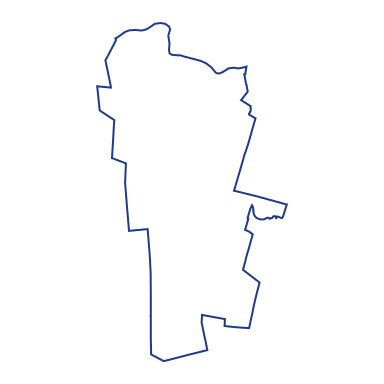 Silistea, Braila, Romania
{"feature_id": "2599482B85034366886302", "entity_name": "Silistea", "entity_type": "district", "adm_level": 2, "iso_a3": "ROU", "parent_name": "Romania", "parent_adm1": "Braila", "projection": "orthographic", "projection_center": [27.821, 45.335], "detail": "fine", "context": "isolated", "style": "outline", "palette": "blue", "viewbox_px": 384, "rotation_deg": 0, "n_neighbors": 0, "source": "geoboundaries", "source_scale": "gbopen_adm2", "svg_char_len": 3094}
<svg xmlns="http://www.w3.org/2000/svg" viewBox="0 0 384 384"><path d="M234.7,327.1L238.8,327.4L241.0,327.6L245.8,327.9L249.1,328.1L250.6,321.1L252.0,314.6L252.4,312.9L253.7,306.3L254.8,301.5L254.8,301.3L257.0,292.3L258.4,287.1L259.5,282.5L255.1,279.1L250.8,275.8L243.0,269.8L245.9,258.9L245.9,258.4L247.2,253.9L247.7,252.1L248.3,250.3L252.0,236.8L252.7,234.2L249.9,232.2L249.3,231.7L245.1,229.8L248.3,219.0L247.8,218.7L247.6,218.6L247.6,218.3L247.8,217.4L247.9,217.1L248.1,216.4L248.7,214.2L250.1,209.5L250.4,208.8L252.0,205.2L252.2,205.5L252.6,206.2L252.7,206.8L252.8,207.1L253.0,207.6L253.1,208.2L253.3,208.6L253.4,209.2L253.3,209.5L253.1,210.2L253.2,210.3L253.6,211.7L253.5,212.9L254.1,214.8L255.0,216.3L255.5,216.9L256.7,218.0L257.3,218.3L259.1,219.0L260.1,219.4L261.6,219.4L263.2,219.5L264.3,219.2L265.8,218.4L267.7,217.8L268.4,217.7L269.6,218.8L270.2,218.7L271.1,218.0L272.1,217.9L273.4,216.3L275.2,216.2L275.3,216.3L275.8,216.5L275.9,218.0L276.3,218.1L276.7,216.6L277.7,216.5L278.5,216.9L279.3,217.1L279.7,217.3L280.0,217.5L280.4,217.7L281.0,217.9L282.0,218.1L283.0,216.5L283.7,214.4L286.8,204.5L286.6,204.5L255.0,195.8L254.3,195.7L239.0,191.9L234.0,190.7L235.1,187.1L237.2,180.0L237.6,178.6L240.5,168.8L242.0,163.5L243.9,156.8L244.2,155.7L244.6,154.4L246.0,150.5L248.1,144.2L251.0,134.2L251.8,131.0L254.5,121.9L255.5,118.3L254.0,117.5L252.2,116.4L249.2,114.7L249.0,113.6L249.4,113.4L249.5,113.2L249.7,112.9L249.8,112.6L249.9,111.9L250.0,111.7L250.4,111.3L250.6,111.1L250.7,110.8L250.7,110.5L250.6,109.4L250.8,108.2L250.7,107.7L250.5,107.1L250.4,106.8L250.5,106.5L250.6,106.3L250.6,106.2L241.1,100.1L241.7,99.4L242.3,98.6L244.7,95.5L245.8,94.1L247.7,91.6L247.7,91.4L246.5,84.9L246.2,84.8L245.7,82.2L245.3,79.6L245.2,79.4L244.9,77.6L244.8,77.0L244.2,74.3L245.4,74.2L245.5,72.1L246.0,69.3L246.5,66.6L242.9,67.6L238.2,68.4L234.0,67.7L228.8,68.3L224.4,71.0L223.7,71.5L219.9,73.4L217.6,73.4L215.9,72.8L211.2,67.2L206.4,63.5L200.9,60.9L184.4,56.6L180.3,55.3L177.6,55.3L172.3,54.9L169.7,53.5L169.0,50.1L169.5,43.6L168.3,35.7L170.1,29.3L169.2,26.7L165.2,23.8L160.5,23.0L154.9,23.8L152.2,25.6L150.5,26.8L146.7,29.2L143.3,30.2L142.8,30.3L141.3,30.5L139.8,30.4L135.6,30.0L129.5,30.3L125.1,31.9L118.3,36.8L117.9,37.0L115.4,38.4L115.7,39.1L116.0,39.8L115.6,41.0L107.2,57.1L105.4,60.3L107.3,69.2L108.5,75.1L110.5,84.9L110.8,86.4L110.9,87.6L97.2,86.3L99.7,110.4L102.6,112.4L114.3,120.1L113.8,126.8L113.1,140.1L112.0,158.1L125.9,163.4L125.1,182.7L126.8,204.5L129.0,230.9L130.9,230.7L138.3,230.0L147.6,229.1L148.4,238.2L148.8,243.8L149.3,249.4L149.9,258.3L150.2,264.6L150.4,267.7L150.7,274.1L150.7,275.8L150.7,280.2L150.7,280.4L150.8,292.0L150.8,295.4L150.8,295.7L150.8,305.4L150.8,315.0L150.7,315.4L150.8,315.4L150.8,325.4L150.8,335.3L150.9,345.2L151.0,345.2L151.1,354.4L153.5,355.7L155.7,356.8L156.3,357.2L159.1,358.7L163.4,360.9L164.4,361.0L190.4,354.3L207.3,350.1L205.3,339.9L204.9,338.4L201.6,322.6L201.9,317.8L202.0,314.9L214.8,317.3L215.1,317.3L224.9,319.1L224.7,323.8L224.6,325.6L224.6,326.0L225.5,326.1L229.6,326.6L232.0,326.8L234.7,327.1Z" fill="none" stroke="#1e3a8a" stroke-width="2"/></svg>